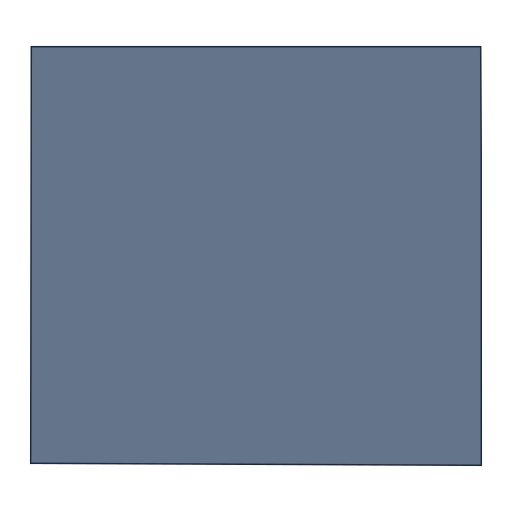 Palo Alto, Iowa, United States of America
{"feature_id": "52423323B23410218305479", "entity_name": "Palo Alto", "entity_type": "district", "adm_level": 2, "iso_a3": "USA", "parent_name": "United States of America", "parent_adm1": "Iowa", "projection": "natural_earth1", "projection_center": [-94.678, 43.082], "detail": "fine", "context": "isolated", "style": "filled", "palette": "slate", "viewbox_px": 512, "rotation_deg": 0, "n_neighbors": 0, "source": "geoboundaries", "source_scale": "gbopen_adm2", "svg_char_len": 198}
<svg xmlns="http://www.w3.org/2000/svg" viewBox="0 0 512 512"><path d="M31.3,46.7L30.7,463.3L481.3,465.3L481.2,150.6L480.7,46.7L31.3,46.7Z" fill="#64748b" stroke="#1e293b" stroke-width="1.5"/></svg>